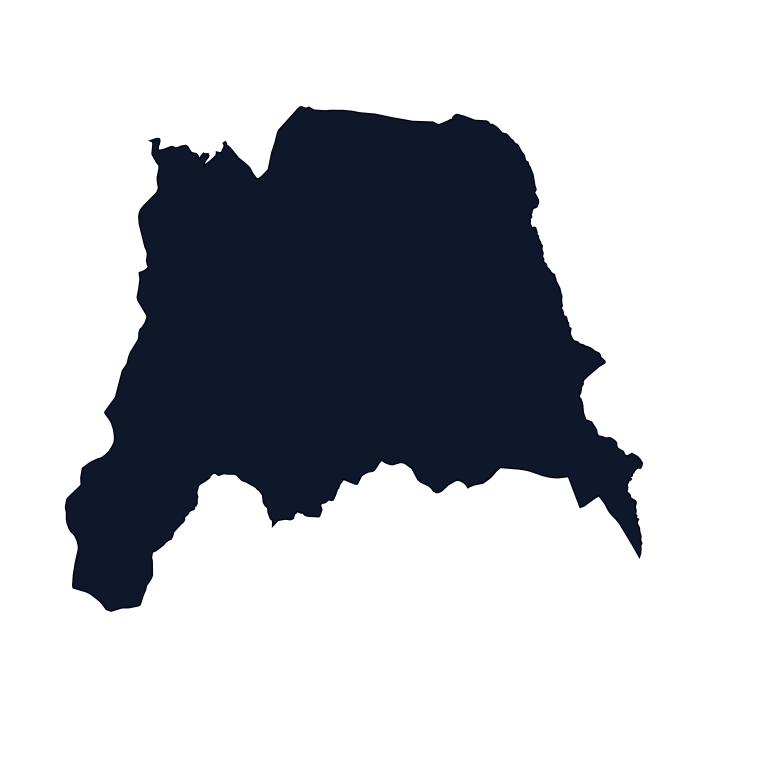 the district of Saquisili, Cotopaxi, Ecuador, rotated 12°
{"feature_id": "8360857B28418888111721", "entity_name": "Saquisili", "entity_type": "district", "adm_level": 2, "iso_a3": "ECU", "parent_name": "Ecuador", "parent_adm1": "Cotopaxi", "projection": "albers", "projection_center": [-78.717, -0.836], "detail": "fine", "context": "isolated", "style": "filled", "palette": "ink", "viewbox_px": 768, "rotation_deg": 12, "n_neighbors": 0, "source": "geoboundaries", "source_scale": "gbopen_adm2", "svg_char_len": 6167}
<svg xmlns="http://www.w3.org/2000/svg" viewBox="0 0 768 768"><g transform="rotate(12 384 384)"><path d="M104.7,194.7L107.1,195.1L108.1,196.9L109.2,206.7L109.8,207.9L115.6,214.6L118.4,216.6L119.2,220.0L119.3,229.1L120.5,233.5L122.8,239.3L122.2,243.0L121.5,244.8L111.9,259.8L109.6,264.5L109.2,268.2L109.4,271.5L111.6,278.7L121.9,299.9L123.6,301.9L124.9,304.4L125.8,306.8L126.1,312.5L127.8,316.4L129.0,318.0L128.8,319.7L127.4,321.6L124.7,324.2L121.7,325.8L121.5,326.3L123.6,332.1L124.4,341.6L124.6,350.2L125.9,353.3L137.1,365.4L138.5,368.0L137.7,373.7L135.7,379.2L134.4,380.6L133.9,382.3L133.8,385.2L134.5,388.8L134.4,392.1L129.5,405.9L128.8,409.9L128.5,418.1L125.4,425.4L124.2,452.8L116.8,469.5L117.4,470.9L122.4,475.2L125.2,478.2L128.6,483.9L130.4,488.3L131.9,493.3L132.2,497.8L130.7,503.1L129.0,507.4L126.4,511.3L123.1,515.0L119.5,516.9L113.1,521.8L106.6,529.1L107.0,538.6L108.8,545.5L108.4,546.6L100.0,558.9L98.1,562.0L97.8,563.2L98.1,571.0L100.2,575.7L101.7,582.8L103.1,586.0L105.8,590.4L108.2,593.2L112.0,595.6L113.7,597.2L116.8,601.7L118.8,606.0L119.5,609.0L119.3,622.1L119.9,634.9L121.5,646.1L122.4,648.0L136.0,649.1L141.4,650.6L150.8,655.3L154.1,657.6L159.3,662.2L164.2,662.9L173.4,657.8L175.1,657.1L180.7,655.9L189.7,652.1L191.3,650.8L192.4,640.3L193.5,635.1L193.5,630.6L196.6,623.0L197.2,619.3L194.1,605.6L192.5,601.9L192.4,596.6L195.5,594.5L201.6,587.4L203.5,583.9L205.4,581.8L207.9,580.0L208.8,577.5L208.9,572.6L214.7,562.8L216.4,560.6L217.1,558.4L216.5,556.1L216.7,555.4L219.2,552.1L219.7,550.0L220.9,548.3L224.0,546.1L224.4,545.2L224.1,543.0L225.4,542.2L226.0,539.6L225.0,535.4L225.3,533.5L223.3,529.3L223.6,522.1L225.2,519.7L229.2,516.2L233.0,511.8L232.1,511.4L235.5,506.8L237.8,506.3L241.2,507.8L244.5,505.6L246.6,504.7L248.9,504.7L256.0,503.3L258.9,503.6L265.2,507.9L269.7,508.4L280.1,511.7L282.0,513.2L284.4,514.2L288.5,518.1L290.6,524.8L292.9,527.5L296.1,529.4L297.4,533.8L301.0,539.5L302.9,540.3L303.8,541.8L304.6,546.1L308.5,539.6L312.7,537.7L316.3,536.5L320.5,536.2L322.5,535.1L323.3,534.1L323.3,530.3L326.0,526.7L329.3,527.5L331.3,527.0L333.8,528.6L335.3,529.0L338.3,528.9L347.8,527.4L348.5,526.2L349.3,519.8L347.4,516.6L347.1,515.2L347.3,514.4L348.1,513.6L351.4,512.1L353.6,509.0L354.2,508.7L356.8,508.8L358.4,507.9L359.7,501.7L360.2,496.6L361.2,495.3L361.3,492.7L362.1,490.1L364.2,485.6L376.9,487.9L378.8,487.3L380.9,478.7L383.9,475.5L386.9,473.3L391.5,471.4L392.8,469.7L395.5,462.5L397.4,458.9L401.5,460.6L406.9,461.4L409.4,461.0L416.2,457.3L418.9,457.0L421.2,457.3L429.0,460.8L437.1,470.5L440.5,472.3L449.2,474.4L451.8,475.8L454.7,478.4L458.0,479.3L459.8,478.7L462.4,476.9L467.8,469.2L473.7,463.9L475.6,462.9L478.1,462.6L482.3,463.8L485.5,465.7L487.7,468.0L488.9,466.7L493.3,463.8L498.3,461.6L498.1,461.0L499.5,461.1L501.2,460.5L506.6,454.6L508.4,452.2L511.7,446.1L515.2,441.4L533.6,439.0L539.8,438.6L544.8,438.7L558.1,440.4L563.7,440.6L568.5,440.3L573.8,439.5L583.6,436.1L601.5,463.9L605.1,461.6L614.3,451.3L617.6,448.6L624.9,455.0L630.2,461.4L634.2,464.8L638.4,467.4L643.5,471.5L661.6,490.9L669.8,500.3L670.2,496.5L669.5,491.3L668.6,488.7L669.2,486.1L667.4,483.5L667.0,479.5L664.9,475.6L663.6,471.5L660.9,468.2L660.3,466.0L661.1,463.4L658.3,462.5L658.7,460.4L657.0,459.0L657.0,455.9L655.2,451.8L655.4,447.9L654.4,446.1L649.1,444.3L647.8,441.6L646.5,440.3L645.2,439.9L643.9,438.7L643.9,434.8L642.7,432.2L643.7,427.8L644.9,426.9L645.7,425.6L644.1,424.0L645.9,422.0L645.5,420.3L646.6,419.0L647.2,416.4L649.1,413.8L650.3,413.1L652.5,412.9L653.2,409.8L653.0,407.6L650.1,404.4L646.8,402.2L640.9,400.4L637.3,403.7L634.7,403.7L632.0,400.2L626.9,398.6L625.3,397.6L624.6,396.5L623.7,393.3L622.1,391.8L617.2,389.7L615.9,389.7L611.9,390.9L609.0,390.2L604.6,390.3L602.5,387.9L601.4,384.7L594.9,378.0L588.8,377.2L584.9,370.6L582.9,363.9L581.5,360.7L579.9,358.1L577.6,356.2L577.5,353.9L578.2,351.5L577.8,345.5L578.9,342.4L578.2,341.3L578.7,337.7L580.1,336.3L580.8,334.9L590.8,321.8L595.6,317.5L595.6,316.5L595.0,315.5L590.2,312.7L589.2,310.3L587.6,309.1L582.8,308.0L580.6,306.6L577.1,305.5L572.9,305.1L570.2,304.2L567.2,304.3L564.7,302.6L561.0,302.3L559.1,301.0L555.9,296.7L555.3,295.0L555.3,291.0L552.6,289.4L551.8,286.0L550.5,285.0L548.5,280.7L547.7,280.2L545.3,280.1L545.1,278.4L543.4,274.8L541.5,273.4L542.0,270.3L540.4,266.3L539.5,260.7L538.2,258.8L536.0,253.8L530.7,247.3L530.0,245.2L528.9,243.9L528.2,241.7L524.5,240.4L521.6,237.4L519.1,236.0L518.0,233.3L514.3,231.0L514.3,228.8L512.2,226.1L512.5,224.0L512.3,222.8L510.4,219.8L509.9,215.7L508.0,214.4L508.1,213.5L504.8,209.4L504.2,207.2L502.3,206.0L502.2,204.1L499.7,199.6L498.4,199.4L496.5,200.9L493.3,196.4L493.4,194.6L492.7,193.0L492.7,191.9L493.7,189.7L492.3,187.4L492.9,186.3L492.9,182.7L493.6,181.2L496.7,178.9L497.4,174.1L496.4,171.4L491.6,165.8L491.4,164.8L492.2,162.8L492.0,161.5L490.5,159.2L486.2,148.3L481.4,141.0L480.8,140.7L479.6,139.2L478.9,137.3L476.0,136.2L473.4,130.8L470.4,128.5L465.5,122.7L464.3,122.0L461.6,121.2L459.3,118.9L456.4,117.6L454.7,116.0L452.0,114.2L447.0,113.9L443.6,111.1L440.3,109.1L435.9,107.6L433.9,108.2L431.8,106.3L429.7,105.5L418.1,107.3L406.4,105.5L399.8,105.1L398.2,105.8L397.0,107.1L396.0,108.8L395.9,111.1L394.2,111.5L392.4,113.2L384.0,119.0L381.6,118.9L377.6,117.7L357.2,121.3L335.4,122.0L319.4,122.0L303.6,123.9L296.4,124.0L287.3,125.0L274.2,127.7L270.3,129.0L260.0,130.6L258.4,130.7L252.9,128.9L251.6,130.1L249.8,130.7L245.9,130.0L244.2,130.6L242.7,132.7L228.2,157.8L227.7,160.5L227.3,171.0L226.2,180.7L226.3,198.3L221.3,206.4L218.6,209.3L217.5,209.6L216.1,209.2L212.0,205.6L207.6,200.4L203.8,197.9L194.7,193.3L184.9,185.4L181.9,183.6L180.7,183.7L179.7,181.3L178.4,180.0L176.7,181.9L178.0,183.5L178.3,185.5L177.4,188.5L177.2,190.5L176.2,192.0L171.9,191.9L172.4,193.9L171.8,196.1L167.1,202.8L162.2,208.1L162.2,206.2L163.0,202.4L164.9,198.9L165.1,196.9L163.9,195.3L161.9,196.1L159.4,195.8L157.9,198.7L157.2,200.6L157.1,202.7L156.7,202.9L154.2,198.8L152.5,197.8L148.6,197.8L146.7,197.1L142.5,192.6L140.4,191.9L136.4,193.5L132.7,196.0L130.5,196.6L128.7,195.9L126.7,195.9L120.3,200.1L116.6,201.9L114.4,202.2L113.7,198.6L114.2,196.4L114.2,192.7L113.5,191.1L112.6,190.8L110.6,191.2L104.7,194.7Z" fill="#0f172a" stroke="#020617" stroke-width="1.5"/></g></svg>